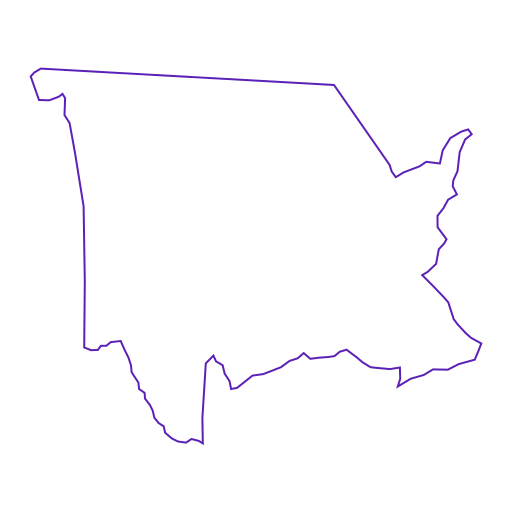 Capivari do Sul, Rio Grande do Sul, Brazil
{"feature_id": "56859067B15190363364633", "entity_name": "Capivari do Sul", "entity_type": "district", "adm_level": 2, "iso_a3": "BRA", "parent_name": "Brazil", "parent_adm1": "Rio Grande do Sul", "projection": "robinson", "projection_center": [-50.485, -30.147], "detail": "fine", "context": "isolated", "style": "outline", "palette": "violet", "viewbox_px": 512, "rotation_deg": 0, "n_neighbors": 0, "source": "geoboundaries", "source_scale": "gbopen_adm2", "svg_char_len": 1508}
<svg xmlns="http://www.w3.org/2000/svg" viewBox="0 0 512 512"><path d="M427.6,271.9L436.1,263.9L438.8,249.2L444.1,243.6L446.5,239.2L437.6,227.3L437.5,215.8L443.4,208.3L448.1,199.7L456.9,194.4L452.7,186.3L453.3,180.4L457.5,171.2L459.7,152.1L465.1,139.5L471.7,134.2L468.2,129.4L461.1,131.7L450.3,138.1L442.7,150.4L439.9,163.5L426.2,161.8L419.6,166.3L403.6,172.4L395.8,177.2L391.7,171.5L389.6,164.9L334.0,85.0L40.8,68.6L34.3,72.5L30.7,76.4L39.0,100.0L49.3,100.3L58.8,96.7L62.5,93.9L65.1,98.1L64.5,115.0L69.6,123.1L74.9,152.3L83.6,206.3L84.8,281.3L84.2,347.4L91.0,350.2L97.9,349.9L100.9,345.8L106.3,345.8L110.8,342.1L120.7,341.0L124.4,349.4L128.5,357.7L131.0,365.3L131.6,372.2L138.4,382.6L139.1,389.0L144.6,392.9L145.0,398.6L150.0,405.1L152.7,410.7L154.4,417.8L158.7,423.1L163.7,426.3L165.1,432.7L171.9,438.5L178.0,441.5L186.0,442.6L191.5,439.0L198.8,440.9L202.8,443.4L202.4,417.8L205.8,363.4L213.4,355.6L216.0,361.3L222.6,365.2L224.7,373.7L229.5,381.0L231.1,389.0L237.0,387.9L252.5,375.6L263.2,374.1L272.6,370.5L276.6,368.9L280.8,367.3L289.6,360.9L297.7,358.3L303.7,353.1L310.3,358.8L318.9,357.7L328.4,357.0L334.4,356.1L339.8,351.7L346.6,349.7L350.9,353.0L356.6,357.2L362.4,362.2L370.5,367.2L375.9,367.8L390.0,369.1L399.9,367.5L400.2,378.9L397.8,386.5L410.8,378.7L423.7,375.0L433.0,369.4L447.8,369.7L458.7,364.1L474.7,359.7L477.8,352.5L481.3,343.5L471.0,337.8L465.6,333.0L457.3,324.0L453.7,319.1L448.3,302.4L443.9,297.3L431.9,284.8L422.2,275.1L427.6,271.9Z" fill="none" stroke="#5b21b6" stroke-width="2"/></svg>